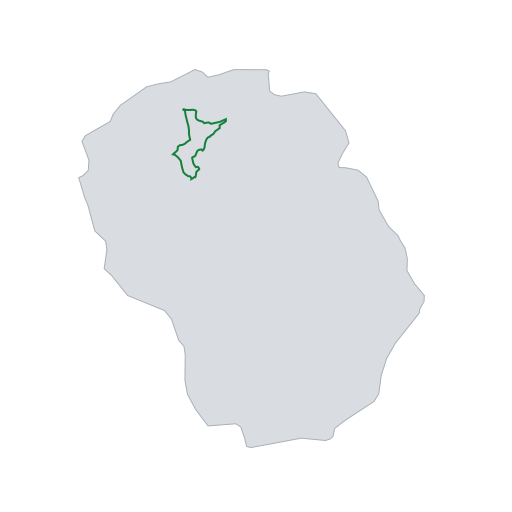 Drugovo highlighted on a map of North Macedonia, rotated 77°
{"feature_id": "MKD-2953", "entity_name": "Drugovo", "entity_type": "Statistical Region", "adm_level": 1, "iso_a3": "MKD", "parent_name": "North Macedonia", "parent_adm1": "", "projection": "orthographic", "projection_center": [20.913, 41.469], "detail": "fine", "context": "in_parent", "style": "outline", "palette": "green", "viewbox_px": 512, "rotation_deg": 77, "n_neighbors": 0, "source": "natural_earth", "source_scale": "10m", "svg_char_len": 2364}
<svg xmlns="http://www.w3.org/2000/svg" viewBox="0 0 512 512"><g transform="rotate(77 256 256)"><path d="M230.2,124.7L238.6,125.7L256.9,120.3L268.2,113.0L274.0,111.8L281.7,109.0L292.9,109.2L304.2,112.2L318.4,107.9L332.4,100.9L338.1,102.5L344.3,108.2L348.3,109.7L372.2,139.7L385.3,151.8L400.6,160.9L418.0,167.4L424.3,173.8L436.1,205.9L441.7,218.1L449.1,221.6L451.0,225.1L451.4,229.8L443.7,252.8L441.5,303.9L439.5,308.0L430.8,308.0L419.2,309.3L414.9,313.4L410.8,340.9L392.3,349.2L375.4,353.9L361.1,353.2L335.9,347.1L327.7,346.5L320.7,350.3L298.3,352.6L288.5,357.5L265.7,389.9L242.3,401.2L234.3,406.8L216.3,399.9L207.7,399.2L195.3,407.4L168.1,408.4L160.7,409.8L139.7,411.1L138.8,406.7L134.9,400.2L125.1,397.2L105.1,399.8L100.3,395.0L92.1,367.7L85.7,363.3L78.6,354.1L66.5,324.4L66.3,311.4L67.2,300.1L60.6,273.5L64.8,266.8L71.0,262.6L71.1,251.9L69.4,235.7L76.9,203.8L78.9,201.5L80.8,203.0L98.5,205.6L103.1,201.6L106.0,195.3L107.0,171.9L111.3,161.2L154.0,140.7L166.6,139.9L176.2,149.3L183.9,155.3L188.5,155.1L190.1,149.0L195.3,137.3L204.0,130.5L229.9,124.7L230.2,124.7Z" fill="#d9dde1" stroke="#a8b0b8" stroke-width="1"/><path d="M115.9,254.6L117.7,254.9L118.8,256.9L119.5,259.5L120.5,262.1L123.1,262.5L124.2,265.0L125.2,267.6L127.6,270.2L128.3,272.5L128.7,273.5L129.3,273.7L129.3,274.5L129.7,276.1L130.6,277.5L131.7,278.4L134.0,279.9L136.2,280.9L138.4,281.6L140.7,283.2L141.3,284.3L141.2,284.6L139.9,285.1L139.7,286.9L139.9,288.4L140.5,289.6L142.8,291.3L144.5,292.4L145.2,293.6L145.2,294.8L145.8,296.1L147.3,296.2L149.8,296.2L151.7,296.2L153.8,295.6L156.0,294.5L156.0,292.6L157.5,291.9L158.7,291.8L159.3,292.9L160.4,295.0L162.4,295.9L164.8,296.9L165.6,297.5L165.2,298.3L166.3,300.7L166.5,301.6L165.8,301.2L163.5,302.4L163.1,303.9L160.7,306.3L158.3,307.8L153.7,308.1L150.6,308.1L146.3,307.9L142.7,309.6L139.2,312.2L138.3,314.0L137.5,312.8L136.1,309.9L134.9,308.5L132.0,307.6L130.9,305.2L131.2,302.9L130.7,300.3L129.0,296.9L128.0,294.0L127.3,294.0L122.2,293.9L118.9,293.1L114.2,292.6L110.3,292.8L103.4,292.9L98.5,292.6L97.1,293.9L96.7,293.4L98.0,291.1L98.4,289.7L98.9,287.3L99.2,285.1L99.8,283.3L100.9,281.9L102.1,281.7L102.8,282.1L103.5,282.4L105.3,283.0L107.7,283.5L109.7,282.8L111.3,281.1L113.1,277.7L115.0,276.6L115.0,274.1L115.2,272.1L117.1,270.0L117.1,267.4L117.1,265.3L117.2,261.4L116.2,255.9L115.9,254.6Z" fill="none" stroke="#15803d" stroke-width="2"/></g></svg>